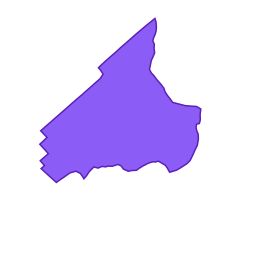 outline of Senador Salgado Filho, Rio Grande do Sul, Brazil, rotated 49°
{"feature_id": "56859067B89394810714034", "entity_name": "Senador Salgado Filho", "entity_type": "district", "adm_level": 2, "iso_a3": "BRA", "parent_name": "Brazil", "parent_adm1": "Rio Grande do Sul", "projection": "albers", "projection_center": [-54.531, -28.03], "detail": "fine", "context": "isolated", "style": "filled", "palette": "violet", "viewbox_px": 256, "rotation_deg": 49, "n_neighbors": 0, "source": "geoboundaries", "source_scale": "gbopen_adm2", "svg_char_len": 1355}
<svg xmlns="http://www.w3.org/2000/svg" viewBox="0 0 256 256"><g transform="rotate(49 128 128)"><path d="M175.4,78.0L172.4,76.4L170.1,73.9L171.4,71.1L169.2,68.0L165.2,64.8L161.4,60.6L156.8,62.1L151.5,67.4L148.6,70.2L138.0,77.5L134.2,77.1L129.8,76.9L125.4,76.4L121.5,74.8L117.1,74.5L110.8,74.5L104.8,74.1L101.9,74.3L97.9,73.4L95.1,69.7L92.4,66.2L90.7,62.5L88.8,58.6L84.9,56.0L82.1,53.2L78.7,52.2L76.7,49.5L75.1,46.0L73.3,43.3L70.9,40.7L66.4,37.3L63.0,35.8L62.6,46.5L62.4,59.9L62.5,73.6L62.5,81.6L62.7,87.1L62.7,99.9L62.9,106.0L63.1,110.8L66.6,110.8L71.0,111.5L72.5,116.8L72.5,120.3L72.5,124.1L72.6,127.9L72.6,133.8L72.7,141.1L72.6,146.9L72.6,154.0L72.7,158.9L72.7,165.0L72.8,195.7L77.5,195.5L82.0,195.3L82.4,205.2L90.5,205.0L95.1,205.0L95.1,215.7L101.6,215.7L101.6,220.2L111.5,219.1L122.1,217.8L122.5,212.9L123.0,209.7L123.8,201.3L126.4,195.7L130.9,193.8L134.2,194.0L137.4,194.6L136.9,191.0L135.5,185.8L135.0,179.3L138.6,176.9L140.0,172.7L142.5,170.6L143.8,167.9L146.6,164.9L148.8,159.7L151.8,158.1L156.0,158.4L160.8,156.2L162.6,153.0L165.5,149.3L165.7,146.2L166.4,141.8L168.0,135.5L169.7,131.6L171.7,129.5L173.0,126.8L180.6,124.3L183.5,124.5L188.7,125.6L191.6,119.2L192.5,114.6L193.1,110.4L193.6,106.5L193.3,102.6L192.1,99.6L190.4,95.7L188.4,91.5L186.5,87.0L182.5,82.1L178.7,79.1L175.4,78.0Z" fill="#8b5cf6" stroke="#5b21b6" stroke-width="1.5"/></g></svg>